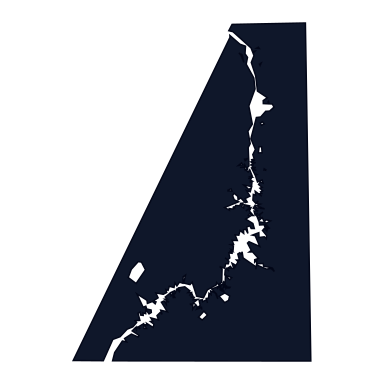 the district of Zemam Out, Al Wadi at Jadid, Egypt
{"feature_id": "37247803B74353300773864", "entity_name": "Zemam Out", "entity_type": "district", "adm_level": 2, "iso_a3": "EGY", "parent_name": "Egypt", "parent_adm1": "Al Wadi at Jadid", "projection": "albers", "projection_center": [32.566, 23.653], "detail": "fine", "context": "isolated", "style": "filled", "palette": "ink", "viewbox_px": 384, "rotation_deg": 0, "n_neighbors": 0, "source": "geoboundaries", "source_scale": "gbopen_adm2", "svg_char_len": 6108}
<svg xmlns="http://www.w3.org/2000/svg" viewBox="0 0 384 384"><path d="M251.3,62.5L255.7,75.9L257.5,91.1L267.3,97.7L263.2,100.6L263.3,103.6L272.3,104.0L274.0,107.1L269.6,111.1L265.7,111.3L260.7,117.0L256.4,117.5L250.9,138.7L255.4,149.5L252.8,154.6L254.3,159.1L251.7,159.7L251.9,160.2L253.2,159.7L254.1,160.4L251.8,161.5L255.8,162.9L251.6,162.4L253.3,163.7L250.4,165.1L253.1,165.2L251.9,167.5L254.4,167.3L255.9,167.5L252.8,167.9L256.3,170.5L251.9,168.6L255.0,174.8L256.1,174.1L257.0,174.6L255.3,175.3L257.5,182.0L262.1,179.9L263.0,183.1L260.3,182.0L258.6,184.5L262.1,187.3L259.9,188.2L262.6,190.8L260.5,191.9L261.7,193.5L258.9,193.9L261.8,196.3L255.2,191.3L255.7,195.3L253.3,194.4L252.9,200.2L255.5,203.0L258.4,200.9L256.5,203.4L260.3,204.1L256.5,205.7L264.7,208.9L256.1,207.7L255.1,205.3L253.2,208.2L258.3,211.2L254.0,211.0L255.0,214.6L257.8,213.1L255.7,215.1L257.0,216.3L263.0,212.0L259.5,215.1L260.4,217.1L257.2,216.9L258.7,220.7L262.2,217.6L264.3,221.8L266.2,219.8L270.5,220.9L266.7,223.0L259.2,221.9L259.6,225.0L266.2,224.6L269.9,228.6L267.0,226.8L267.8,228.9L267.0,230.5L266.2,226.2L264.5,225.9L266.1,230.4L264.1,228.7L262.5,230.5L266.6,235.5L266.3,238.8L264.3,236.8L259.0,237.5L258.8,232.7L252.4,235.1L255.2,235.7L259.8,246.5L249.0,241.7L247.5,243.1L251.3,250.4L249.2,252.0L252.6,251.9L258.4,258.4L254.7,259.7L254.7,262.2L256.8,260.4L256.7,263.8L263.1,263.5L263.7,266.2L272.3,267.9L274.5,271.6L270.8,268.4L266.5,269.1L256.5,264.9L255.8,269.3L255.8,266.7L243.1,257.9L242.1,251.8L241.4,254.0L239.8,252.7L237.8,254.0L239.4,260.0L236.4,260.0L238.1,261.8L234.5,267.8L235.1,264.9L232.0,263.2L233.8,268.6L230.0,268.3L231.3,267.7L230.5,266.4L227.2,268.4L228.9,271.3L226.8,268.2L225.2,270.0L224.8,274.9L231.7,277.7L229.8,279.7L225.4,275.7L225.1,283.8L223.7,281.8L222.4,284.5L224.9,284.8L224.2,286.5L226.4,286.0L226.2,288.0L227.0,287.0L230.0,287.3L229.6,287.9L225.8,288.1L225.2,286.5L223.0,288.0L223.8,285.1L221.2,284.5L221.0,289.0L221.6,288.9L223.1,289.9L224.1,291.4L224.0,292.1L221.1,290.5L221.9,289.7L220.9,289.0L220.6,286.5L220.0,285.3L219.6,286.9L220.2,288.4L220.0,288.8L219.2,285.9L217.2,289.3L218.0,286.5L211.8,289.1L216.5,293.8L217.8,298.9L215.3,293.0L210.7,291.0L211.1,294.7L209.0,293.2L208.5,298.1L206.2,298.5L207.5,303.0L206.5,299.8L202.7,301.7L202.4,299.8L199.1,300.2L200.2,305.4L197.9,307.3L201.5,307.2L201.8,309.7L201.4,307.7L196.5,309.3L197.7,307.4L195.8,304.7L192.7,309.2L192.8,305.5L189.7,304.1L194.5,303.8L193.4,302.7L197.6,299.4L193.0,299.8L194.3,297.4L190.5,297.2L193.0,296.3L192.0,294.0L189.3,295.7L191.5,292.5L187.9,292.6L189.8,290.8L184.8,286.8L178.4,287.9L177.7,288.8L179.8,290.7L179.3,291.8L176.7,289.3L175.4,292.7L174.4,290.8L171.1,292.4L175.4,294.1L173.5,294.2L174.9,297.5L173.2,297.6L172.7,294.1L171.0,295.8L170.4,292.9L165.3,297.0L167.3,299.0L164.7,299.2L169.0,302.1L166.1,301.4L166.3,304.3L164.0,300.9L161.4,302.2L167.4,311.8L160.7,310.2L162.1,314.5L160.1,312.6L157.0,315.6L158.5,319.9L150.8,317.9L152.7,321.1L150.4,321.5L153.9,324.1L153.2,327.5L146.6,323.3L147.1,324.9L144.4,324.7L146.6,328.5L144.0,328.5L143.6,323.7L138.8,326.6L140.2,328.9L136.9,326.8L136.5,329.8L135.5,327.6L132.2,330.9L139.0,335.4L138.1,337.0L131.4,334.1L124.6,338.5L126.7,341.9L122.4,341.0L114.7,352.5L112.6,360.8L310.8,361.0L305.4,23.0L232.1,24.4L228.8,30.7L233.0,31.7L251.0,47.9L254.0,55.6L251.3,62.5ZM224.8,293.0L229.7,295.9L228.6,300.4L224.7,302.6L219.0,296.2L224.8,293.0ZM203.9,311.2L207.5,315.0L202.2,320.0L198.5,317.1L203.9,311.2ZM262.1,152.8L258.4,152.9L259.1,146.7L261.6,146.7L262.1,152.8ZM264.2,123.9L261.5,125.3L260.3,123.0L262.4,121.8L264.2,123.9ZM264.2,168.8L266.6,170.4L263.9,170.1L264.2,168.8ZM259.3,48.5L256.5,48.2L258.4,47.2L259.3,48.5ZM261.2,63.0L260.1,65.5L259.4,64.0L261.2,63.0ZM255.2,51.1L254.1,52.5L253.8,51.4L255.2,51.1ZM268.5,101.4L268.8,102.7L267.9,102.1L268.5,101.4ZM229.9,35.5L230.0,37.4L73.2,360.5L103.3,360.7L112.8,339.4L120.1,336.7L127.1,329.2L132.8,326.9L136.6,322.6L135.1,320.7L139.9,320.4L138.0,313.2L140.0,312.1L140.7,315.1L143.2,315.4L143.0,312.8L145.7,313.7L145.8,309.5L149.0,313.9L151.3,312.5L151.1,310.0L146.7,309.0L145.8,306.2L143.1,307.2L136.8,293.8L147.0,300.3L147.4,303.4L152.4,301.5L155.2,303.8L156.0,301.9L152.9,301.2L158.1,297.8L155.8,292.9L163.3,294.3L166.7,292.5L165.8,289.5L168.1,290.3L169.3,286.3L174.0,287.5L175.0,282.8L176.9,285.9L179.5,282.2L182.8,283.2L183.2,276.7L185.5,275.1L183.8,283.1L190.0,284.6L192.2,282.2L196.7,296.2L203.5,297.8L207.4,289.8L216.2,284.9L216.6,282.5L218.4,284.5L221.7,282.2L222.1,269.1L219.6,266.4L224.7,268.3L225.6,263.7L228.3,263.8L228.9,261.3L225.1,257.8L227.7,259.8L229.8,258.0L228.8,252.9L232.7,253.4L229.3,251.2L232.9,251.6L231.1,249.5L233.1,250.0L233.4,246.0L230.7,244.6L233.6,244.4L232.1,240.4L237.3,240.5L235.1,234.9L238.8,235.2L240.1,230.5L243.7,233.4L243.5,229.7L245.7,229.3L247.9,233.4L246.7,227.0L249.8,225.8L251.2,228.5L254.3,228.5L252.9,223.5L245.7,219.1L250.3,216.1L248.2,215.2L249.9,213.4L251.6,215.5L253.3,215.5L249.4,211.0L250.8,208.1L245.7,211.0L250.0,207.6L247.6,206.4L250.4,206.0L244.0,204.7L243.7,208.0L241.7,206.6L243.0,203.1L240.7,203.3L239.7,205.7L235.7,205.4L234.7,208.5L233.2,208.6L234.5,206.5L233.3,207.2L233.0,209.2L229.2,208.5L229.4,210.2L224.6,207.5L238.6,201.8L234.2,199.8L232.6,195.6L234.0,193.2L237.8,196.4L238.1,199.8L240.8,197.9L245.1,202.6L247.2,202.0L245.1,198.6L250.0,196.1L246.5,190.5L250.2,191.8L251.4,187.6L248.9,189.5L243.9,185.1L251.5,186.5L252.0,182.2L249.5,181.8L252.4,181.2L250.4,180.1L251.4,178.1L248.1,178.5L252.2,177.3L250.2,176.6L252.2,176.0L249.7,169.8L248.1,172.0L246.5,170.4L248.2,168.5L245.3,170.2L244.5,167.2L239.9,167.5L244.5,166.8L244.8,164.8L246.7,168.3L249.0,165.9L248.2,147.5L250.2,143.7L247.9,131.3L252.3,124.1L248.8,106.0L255.0,88.9L253.8,78.0L246.2,64.2L247.5,57.4L245.0,53.7L245.5,46.2L239.9,44.2L229.9,35.5ZM145.5,269.8L136.1,283.5L128.2,277.5L131.3,269.3L138.2,261.6L141.5,262.1L145.5,269.8ZM243.9,62.5L241.0,55.4L238.9,53.0L242.2,54.7L243.9,62.5ZM231.0,188.8L232.0,191.0L228.0,190.9L228.1,190.0L231.0,188.8ZM248.6,158.2L245.1,160.7L244.5,159.2L248.6,158.2ZM243.1,164.8L238.4,165.5L241.6,162.9L243.1,164.8Z" fill="#0f172a" stroke="#020617" stroke-width="1.5"/></svg>